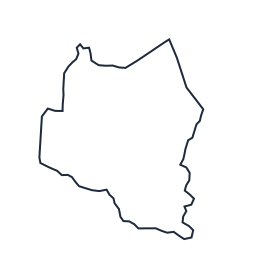 Dom Macedo Costa, Bahia, Brazil, rotated 13°
{"feature_id": "56859067B72952636719234", "entity_name": "Dom Macedo Costa", "entity_type": "district", "adm_level": 2, "iso_a3": "BRA", "parent_name": "Brazil", "parent_adm1": "Bahia", "projection": "mercator", "projection_center": [-39.172, -12.907], "detail": "fine", "context": "isolated", "style": "outline", "palette": "slate", "viewbox_px": 256, "rotation_deg": 13, "n_neighbors": 0, "source": "geoboundaries", "source_scale": "gbopen_adm2", "svg_char_len": 1116}
<svg xmlns="http://www.w3.org/2000/svg" viewBox="0 0 256 256"><g transform="rotate(13 128 128)"><path d="M50.5,181.8L60.0,184.1L68.7,185.7L74.1,188.8L80.0,187.2L84.5,188.5L89.2,192.6L93.4,195.7L99.8,196.2L107.0,196.7L114.3,195.9L121.0,192.9L125.0,197.2L129.7,199.8L131.9,204.4L137.4,209.0L140.7,216.4L144.5,219.7L150.2,218.7L155.9,220.4L160.7,223.5L177.5,219.5L184.4,220.7L189.7,221.2L195.9,218.9L202.0,221.5L207.7,223.6L214.5,220.4L214.5,212.9L209.4,209.8L202.4,207.7L201.7,201.8L203.5,195.9L200.7,191.8L206.9,188.5L208.2,182.0L202.9,178.8L197.4,176.2L197.6,170.8L199.5,165.2L198.2,157.9L193.7,153.3L187.2,152.0L188.9,145.9L188.9,141.2L188.7,135.6L189.4,126.4L192.9,123.0L193.4,116.0L193.9,109.0L196.4,104.9L196.4,99.5L197.1,92.8L175.9,75.4L159.9,48.7L148.2,32.4L144.3,36.3L122.0,60.2L112.0,70.0L105.7,71.0L99.0,70.6L92.5,72.3L85.3,73.4L77.2,70.5L74.9,64.1L72.0,58.5L66.6,60.5L62.5,57.2L60.0,61.3L63.0,66.7L62.0,72.6L59.1,76.5L56.0,81.8L53.5,89.0L55.0,97.8L56.2,104.7L57.8,110.5L59.1,119.7L60.4,126.1L53.2,127.7L45.5,127.1L41.5,136.1L48.3,176.7L50.5,181.8Z" fill="none" stroke="#1e293b" stroke-width="2"/></g></svg>